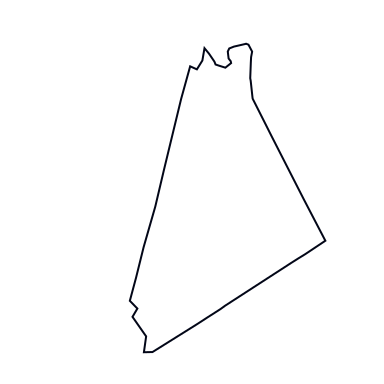 Suffolk, Virginia, United States of America (Natural Earth projection), rotated 327°
{"feature_id": "52423323B25569178497638", "entity_name": "Suffolk", "entity_type": "district", "adm_level": 2, "iso_a3": "USA", "parent_name": "United States of America", "parent_adm1": "Virginia", "projection": "natural_earth1", "projection_center": [-76.578, 36.74], "detail": "fine", "context": "isolated", "style": "outline", "palette": "ink", "viewbox_px": 384, "rotation_deg": 327, "n_neighbors": 0, "source": "geoboundaries", "source_scale": "gbopen_adm2", "svg_char_len": 732}
<svg xmlns="http://www.w3.org/2000/svg" viewBox="0 0 384 384"><g transform="rotate(327 192 192)"><path d="M80.6,249.4L82.7,260.0L74.1,264.3L74.9,288.1L64.4,300.2L71.7,304.7L124.4,305.6L136.9,305.6L152.2,305.7L157.7,305.4L236.6,305.5L245.1,305.6L253.0,305.8L277.3,305.5L281.8,258.7L289.2,188.0L290.8,173.5L293.7,146.8L294.3,145.5L301.8,130.7L302.8,128.3L311.6,115.8L315.0,111.1L318.9,107.0L319.6,99.2L318.1,97.1L317.9,97.1L310.2,94.3L306.4,92.9L301.4,91.9L298.5,93.7L295.4,100.0L295.7,103.4L295.0,105.2L287.7,105.9L283.4,100.7L281.2,97.9L281.8,94.9L281.6,85.2L280.8,78.2L272.3,87.4L262.9,91.8L258.9,85.6L233.6,108.0L180.7,158.0L153.3,184.2L121.4,211.9L98.4,233.4L80.6,249.4Z" fill="none" stroke="#020617" stroke-width="2"/></g></svg>